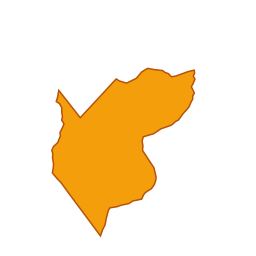 Cafeara, Paraná, Brazil (Mercator projection), rotated 54°
{"feature_id": "56859067B49164641112145", "entity_name": "Cafeara", "entity_type": "district", "adm_level": 2, "iso_a3": "BRA", "parent_name": "Brazil", "parent_adm1": "Paraná", "projection": "mercator", "projection_center": [-51.713, -22.795], "detail": "fine", "context": "isolated", "style": "filled", "palette": "amber", "viewbox_px": 256, "rotation_deg": 54, "n_neighbors": 0, "source": "geoboundaries", "source_scale": "gbopen_adm2", "svg_char_len": 1181}
<svg xmlns="http://www.w3.org/2000/svg" viewBox="0 0 256 256"><g transform="rotate(54 128 128)"><path d="M191.8,162.7L193.6,158.7L191.4,155.0L190.5,152.4L190.6,148.1L190.9,144.8L189.3,140.1L186.5,136.1L184.0,134.0L175.5,130.4L164.4,129.9L154.7,129.4L151.3,126.5L146.7,124.1L144.1,120.8L147.7,110.7L148.0,101.9L151.1,91.6L151.1,88.9L150.7,85.7L151.2,82.5L148.7,74.8L147.7,69.6L146.7,66.2L144.5,62.4L142.5,58.5L140.0,56.8L138.8,53.8L131.9,52.5L130.2,48.9L127.8,45.1L124.2,44.6L123.0,42.0L120.1,40.4L117.6,46.5L114.1,58.8L112.1,62.7L107.7,63.4L105.0,65.3L101.8,66.3L96.2,72.4L91.3,77.1L91.0,80.1L90.7,84.1L91.7,88.0L92.7,92.2L90.8,102.8L84.9,107.3L81.4,108.7L82.0,112.1L85.8,130.8L91.6,160.6L56.9,161.9L61.8,167.0L64.4,170.5L68.0,169.1L72.8,169.7L76.6,172.5L80.2,174.3L82.6,177.0L86.9,177.3L88.5,179.6L89.9,182.2L91.6,185.6L94.8,187.5L96.4,190.2L98.5,193.4L99.2,199.1L101.3,202.8L104.7,204.0L107.2,206.2L109.9,207.7L113.4,209.4L116.9,212.5L119.9,215.6L127.2,215.1L132.7,214.3L145.0,214.3L199.1,213.7L195.3,208.2L192.9,203.5L188.9,199.3L183.2,192.4L182.0,189.5L185.2,183.2L186.6,178.5L189.7,171.6L189.9,167.0L191.8,162.7Z" fill="#f59e0b" stroke="#b45309" stroke-width="1.5"/></g></svg>